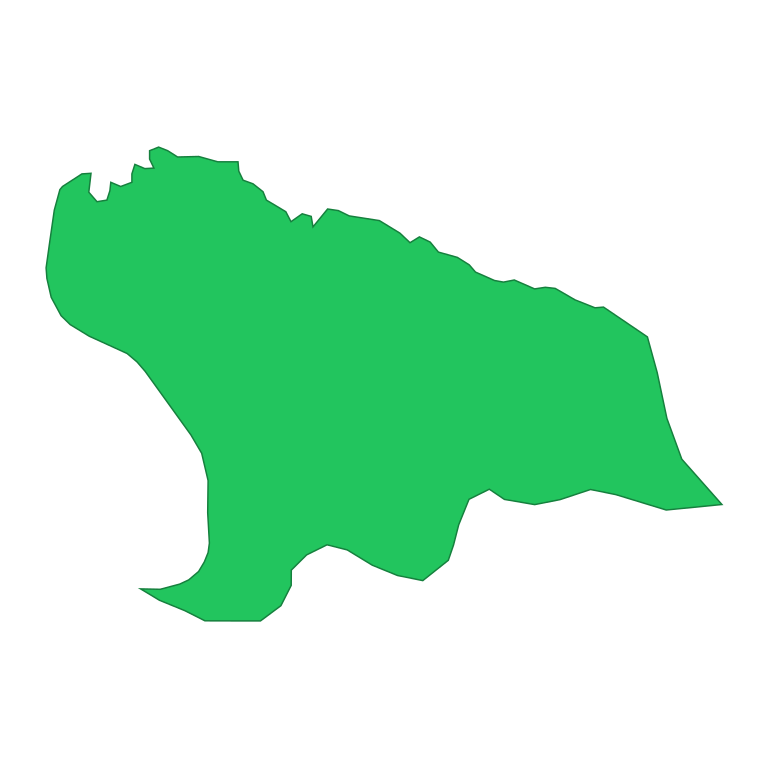 outline of Yonsan, Hwanghae-bukto, North Korea
{"feature_id": "82179303B92685512874627", "entity_name": "Yonsan", "entity_type": "district", "adm_level": 2, "iso_a3": "PRK", "parent_name": "North Korea", "parent_adm1": "Hwanghae-bukto", "projection": "robinson", "projection_center": [126.278, 38.867], "detail": "fine", "context": "isolated", "style": "filled", "palette": "green", "viewbox_px": 768, "rotation_deg": 0, "n_neighbors": 0, "source": "geoboundaries", "source_scale": "gbopen_adm2", "svg_char_len": 1426}
<svg xmlns="http://www.w3.org/2000/svg" viewBox="0 0 768 768"><path d="M469.3,264.9L457.4,257.4L438.4,252.1L430.2,242.1L419.4,236.9L410.0,242.7L400.0,233.2L379.4,220.6L349.2,215.9L338.4,210.6L327.6,209.0L313.0,226.9L311.2,216.4L302.2,213.8L291.0,221.7L285.8,211.7L266.4,200.1L263.0,191.7L253.0,183.8L243.1,180.2L238.8,171.2L238.0,161.8L217.7,161.8L198.7,156.5L177.6,157.0L167.7,150.7L158.6,147.1L149.6,150.7L149.6,159.1L153.9,168.1L144.8,168.6L134.9,164.4L131.9,173.9L131.9,182.3L120.7,186.5L110.8,182.3L109.9,190.7L106.9,200.1L97.0,201.7L88.8,192.2L91.0,173.3L81.9,173.9L62.5,186.5L59.9,189.6L54.3,210.1L49.6,242.8L46.1,267.9L46.9,278.4L51.2,297.3L61.1,315.7L70.2,324.6L89.2,336.2L127.1,353.5L137.0,361.9L145.2,371.4L190.9,434.9L201.7,453.3L208.1,480.6L207.7,512.7L209.4,543.1L208.1,552.6L204.3,562.0L198.6,571.5L188.7,579.9L179.7,584.1L160.2,589.3L140.6,588.9L156.2,598.3L159.5,600.3L184.7,610.6L204.9,620.8L235.2,620.9L260.5,620.9L280.9,605.7L291.2,585.4L291.3,570.1L306.6,554.9L327.0,544.8L347.2,549.9L372.3,565.2L397.5,575.5L422.8,580.6L448.3,560.3L453.5,545.1L458.7,524.8L469.0,499.3L489.3,489.2L504.4,499.4L534.7,504.6L560.1,499.6L590.5,489.5L615.8,494.6L666.2,510.0L721.9,504.5L681.8,459.2L666.9,418.4L657.2,372.6L647.4,336.9L603.5,307.1L595.0,307.8L575.1,299.9L555.2,288.4L545.3,287.3L534.6,288.9L514.3,280.0L503.5,282.1L494.5,280.5L475.5,272.1L469.3,264.9Z" fill="#22c55e" stroke="#15803d" stroke-width="1.5"/></svg>